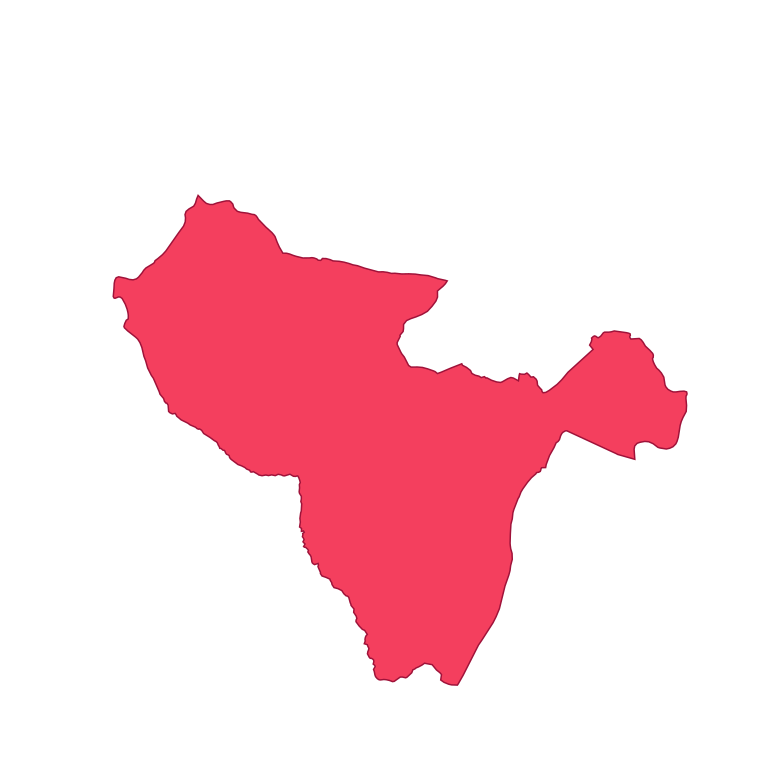 the district of Svay Chrum, Svay Rieng, Cambodia, rotated 315°
{"feature_id": "14789045B97733863188211", "entity_name": "Svay Chrum", "entity_type": "district", "adm_level": 2, "iso_a3": "KHM", "parent_name": "Cambodia", "parent_adm1": "Svay Rieng", "projection": "robinson", "projection_center": [105.695, 11.124], "detail": "fine", "context": "isolated", "style": "filled", "palette": "rose", "viewbox_px": 768, "rotation_deg": 315, "n_neighbors": 0, "source": "geoboundaries", "source_scale": "gbopen_adm2", "svg_char_len": 6171}
<svg xmlns="http://www.w3.org/2000/svg" viewBox="0 0 768 768"><g transform="rotate(315 384 384)"><path d="M223.0,648.8L224.5,648.5L234.0,645.9L266.2,635.4L272.1,634.3L292.3,629.9L298.7,627.8L306.7,624.5L326.7,612.4L337.1,607.4L341.1,605.1L345.2,601.9L350.7,598.7L354.8,594.3L357.1,590.1L359.0,587.6L360.5,585.8L367.4,579.3L374.7,572.8L379.3,570.1L384.1,566.2L387.2,564.5L397.8,559.8L399.6,559.4L404.5,557.2L408.1,556.3L416.0,555.0L422.0,554.5L427.9,554.9L429.2,554.5L431.0,555.8L432.7,556.3L434.2,555.6L435.1,554.9L436.3,554.7L439.2,557.4L441.8,555.6L450.5,551.6L459.2,549.2L464.1,547.3L466.5,547.7L468.7,547.4L472.3,545.5L474.9,544.7L476.5,544.7L479.1,545.4L480.2,546.4L499.1,597.8L499.3,598.8L508.1,614.6L514.7,607.0L517.5,605.1L521.0,604.9L523.9,606.3L527.8,609.0L530.4,612.1L532.1,616.5L532.9,622.5L533.9,624.4L537.7,629.6L540.7,631.5L544.0,632.7L548.0,632.7L550.6,631.8L554.5,629.7L564.1,622.7L567.7,620.7L571.7,619.1L578.3,617.1L582.8,613.1L587.3,607.7L589.1,606.1L590.6,605.7L591.6,604.9L592.4,603.5L591.1,601.2L588.1,598.5L585.0,596.2L582.9,594.1L581.8,591.7L581.0,588.5L581.3,585.3L582.1,583.3L586.7,577.0L587.9,572.4L588.2,568.7L588.0,565.6L588.9,562.0L590.0,559.0L591.1,556.9L592.1,555.7L593.1,555.6L594.9,554.0L595.6,552.4L595.8,548.2L595.6,542.0L596.7,537.8L597.1,534.7L596.7,532.3L590.4,526.8L590.7,525.0L591.3,524.2L592.6,523.8L593.5,522.5L593.0,521.2L591.7,519.1L584.3,509.3L581.6,507.8L579.6,506.3L576.6,503.3L575.3,502.9L571.4,503.4L569.5,503.2L568.1,502.7L567.7,501.5L567.6,500.4L567.0,499.0L565.7,498.4L563.2,498.3L562.7,499.3L560.5,500.7L556.9,501.9L556.3,507.4L522.5,505.8L512.6,506.7L506.2,506.7L496.5,505.4L492.6,504.4L490.3,502.7L490.4,501.1L491.4,499.6L491.4,497.7L491.7,493.5L494.3,490.2L495.0,488.1L494.8,484.6L492.8,483.1L493.0,479.4L492.8,477.3L490.2,476.5L487.8,473.8L487.2,472.6L485.9,473.3L481.3,476.8L479.7,471.3L478.3,469.1L475.1,467.7L469.2,466.1L467.5,465.3L465.1,462.2L462.7,457.4L461.1,452.4L460.3,451.9L460.2,449.8L457.3,448.2L456.7,445.6L454.7,442.3L453.6,438.7L454.7,435.6L454.1,430.6L452.7,426.2L453.3,424.7L442.3,419.9L432.8,416.1L429.2,414.4L428.9,411.4L428.2,409.6L425.6,404.2L422.9,399.5L419.7,395.7L415.1,391.2L414.5,388.3L417.4,379.3L417.9,375.2L418.4,373.4L421.2,365.5L422.6,364.0L429.1,361.8L429.7,360.8L434.6,360.4L436.8,358.8L440.0,355.7L444.8,355.1L449.1,356.7L454.2,359.2L459.9,361.6L466.1,363.3L473.1,363.0L479.3,362.1L483.3,360.4L487.6,356.0L495.1,356.6L498.3,356.5L501.6,355.8L500.7,354.1L496.4,347.4L495.7,345.7L491.9,338.6L487.1,332.8L483.8,328.4L479.4,323.6L474.4,318.8L470.0,313.4L467.5,311.1L465.3,307.4L462.6,303.9L459.4,300.9L452.2,288.4L448.9,281.6L446.3,277.8L444.5,274.1L441.9,269.6L439.1,265.6L435.0,260.9L433.9,258.1L431.7,254.3L429.2,251.7L427.4,251.9L426.5,251.7L425.0,249.9L424.9,248.1L423.7,245.5L422.4,243.7L420.5,242.2L415.8,237.6L412.2,231.7L410.8,229.0L409.2,225.4L407.6,222.7L405.0,220.0L406.8,213.2L408.7,208.2L411.2,202.7L411.6,200.4L411.8,197.5L411.4,189.2L411.6,178.7L412.2,176.7L412.5,174.2L412.0,172.4L410.7,170.8L408.4,166.8L404.1,161.3L402.4,158.2L402.4,153.7L402.9,152.3L404.3,149.9L404.5,147.0L404.2,145.2L402.0,143.0L399.8,141.5L393.7,137.8L390.0,136.1L387.8,133.9L386.1,130.7L385.8,127.3L385.9,119.2L382.3,120.7L378.5,122.8L375.2,123.7L369.9,122.3L366.1,122.0L363.1,123.5L361.1,126.2L358.1,128.8L354.0,130.6L346.0,131.8L323.7,135.7L318.8,135.9L312.7,135.4L309.3,134.9L307.6,135.7L306.3,135.7L297.7,133.6L294.5,133.7L291.9,134.3L286.0,134.9L283.3,134.6L280.2,132.9L277.8,129.9L276.2,126.7L272.2,120.6L269.8,119.5L267.1,120.3L264.5,122.0L260.4,125.7L254.4,130.7L253.9,132.3L254.4,133.2L258.0,134.8L259.0,136.2L259.3,138.4L257.5,144.6L255.3,149.4L253.4,152.5L251.7,154.7L249.2,157.1L246.8,156.7L243.5,157.9L240.8,159.4L240.2,160.7L240.3,165.2L241.5,175.2L241.6,178.0L240.7,182.2L238.6,187.0L233.8,194.7L231.9,199.0L228.2,205.6L225.6,213.4L225.0,216.8L219.6,230.5L218.4,232.8L217.9,238.4L216.5,241.0L216.3,243.3L216.9,244.0L216.4,246.3L212.3,251.1L212.3,252.9L213.2,255.5L215.5,257.1L215.3,258.6L214.7,260.2L215.2,265.9L217.6,273.0L218.0,275.8L220.2,281.4L220.3,283.4L220.9,284.8L221.8,285.3L222.3,287.8L221.5,291.5L223.1,298.3L224.0,304.2L224.6,306.1L224.6,307.6L223.5,310.3L223.2,311.7L222.4,313.4L223.2,314.5L223.3,316.8L224.2,318.2L223.9,319.4L223.3,320.6L223.0,322.3L223.7,324.1L223.9,325.1L222.9,326.7L222.6,328.2L222.7,329.9L223.8,337.7L225.4,341.1L226.6,344.8L226.7,346.9L228.0,350.0L227.5,351.8L228.3,352.9L229.6,353.5L231.0,358.6L231.1,359.7L232.9,362.6L236.1,364.8L237.6,367.1L240.3,368.8L242.3,371.9L245.3,373.0L247.1,375.6L247.8,377.6L248.8,378.7L253.7,381.3L254.7,385.2L256.2,386.9L257.3,387.4L258.0,388.0L257.5,390.0L256.3,392.5L255.2,394.4L253.0,395.3L250.8,397.8L247.8,400.2L247.0,401.4L246.1,405.0L244.2,406.9L242.1,408.3L241.1,410.5L235.7,415.3L233.8,416.3L229.5,419.6L227.2,422.5L223.2,425.4L223.5,427.8L221.4,429.8L223.2,431.0L222.7,432.5L220.8,432.2L220.1,433.2L218.3,434.3L218.2,435.5L217.5,437.5L215.1,438.3L215.0,441.3L212.2,442.1L212.4,443.2L213.1,444.1L213.2,447.1L212.7,448.4L211.4,448.9L210.9,451.4L210.9,452.5L210.3,454.6L207.3,458.7L206.8,459.8L206.8,461.0L207.2,462.6L210.5,464.3L209.6,465.7L208.3,466.3L207.8,467.3L205.9,472.2L205.0,473.1L204.4,475.9L206.3,479.8L207.8,483.8L207.2,484.7L206.5,487.6L205.9,488.3L205.4,489.2L204.7,492.6L206.8,496.3L208.1,500.3L207.3,503.9L207.4,506.9L208.3,508.4L208.2,510.0L205.5,514.7L204.7,516.6L204.1,517.3L203.7,521.9L201.1,524.0L200.2,528.5L199.0,530.6L197.3,531.2L196.1,532.3L195.3,537.6L195.2,542.1L196.1,544.6L195.1,549.3L193.5,549.3L191.8,549.9L190.0,551.1L188.9,552.5L186.4,553.7L187.9,556.6L187.2,557.8L186.4,560.2L184.6,561.4L183.7,561.6L181.5,563.1L180.3,566.9L180.3,568.2L181.0,568.9L181.5,570.3L181.5,571.8L180.4,573.2L178.3,574.4L178.5,576.3L177.9,577.6L174.8,578.4L173.9,580.3L171.9,583.3L171.1,585.0L170.9,587.7L171.4,589.7L172.3,590.8L174.9,592.8L176.5,594.7L178.2,597.4L179.6,600.5L181.0,601.5L188.2,602.7L189.7,604.1L191.6,607.1L192.9,607.6L199.5,607.8L202.2,606.5L204.4,607.3L206.1,607.5L208.2,608.4L212.1,609.6L215.2,610.1L219.6,616.5L218.9,623.3L219.4,627.7L219.2,630.1L214.8,633.4L215.5,637.4L217.4,641.9L219.0,644.5L223.0,648.8Z" fill="#f43f5e" stroke="#9f1239" stroke-width="1.5"/></g></svg>